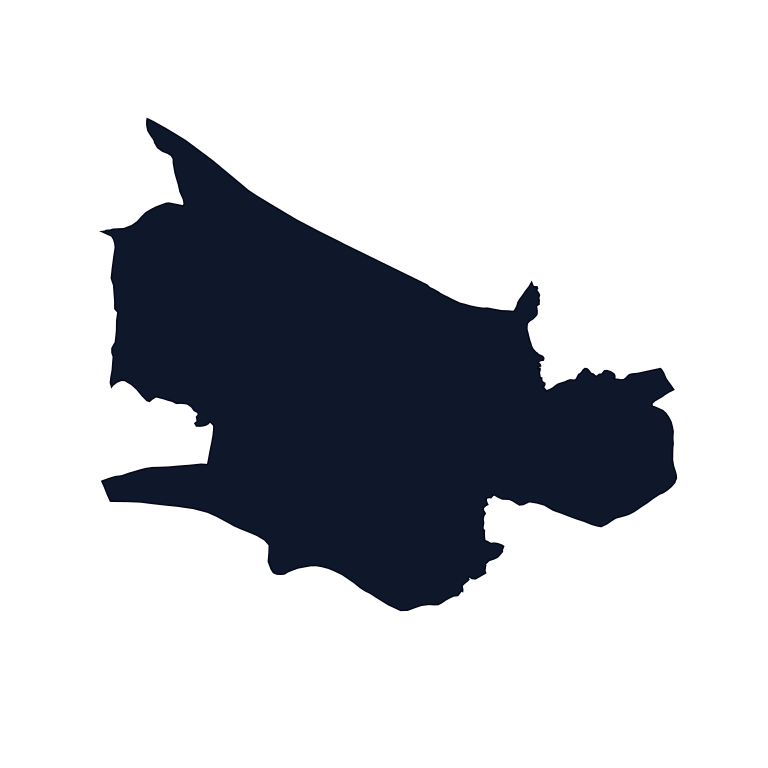 outline of Ponhea Lueu, Kândal, Cambodia, rotated 100°
{"feature_id": "14789045B73499055416904", "entity_name": "Ponhea Lueu", "entity_type": "district", "adm_level": 2, "iso_a3": "KHM", "parent_name": "Cambodia", "parent_adm1": "Kândal", "projection": "robinson", "projection_center": [104.799, 11.777], "detail": "fine", "context": "isolated", "style": "filled", "palette": "ink", "viewbox_px": 768, "rotation_deg": 100, "n_neighbors": 0, "source": "geoboundaries", "source_scale": "gbopen_adm2", "svg_char_len": 5462}
<svg xmlns="http://www.w3.org/2000/svg" viewBox="0 0 768 768"><g transform="rotate(100 384 384)"><path d="M451.3,100.6L449.5,98.9L444.5,93.5L442.5,90.2L439.7,87.2L435.5,83.6L430.6,80.6L428.8,80.4L426.3,79.7L423.8,80.2L421.1,81.3L417.4,83.2L414.3,84.8L411.9,85.6L408.6,86.8L406.5,87.1L402.8,87.7L399.8,88.2L396.3,88.7L393.0,88.8L387.0,90.3L380.6,91.0L375.8,92.8L371.5,94.8L367.0,98.3L364.0,101.3L361.8,104.8L360.6,109.3L359.8,112.5L359.3,115.9L356.8,116.9L353.7,114.6L351.0,111.5L348.1,108.0L345.9,106.0L342.7,102.5L340.9,100.0L339.2,97.7L336.8,100.1L334.6,102.3L332.7,104.4L329.7,107.3L327.6,108.7L324.2,110.9L322.1,112.8L320.8,114.4L329.6,136.0L331.1,141.5L332.4,144.2L334.5,145.7L336.6,147.1L338.2,148.8L338.9,151.7L338.8,153.5L339.0,156.3L338.6,158.7L337.2,157.8L335.6,158.2L334.1,159.4L332.9,162.2L332.5,163.6L332.1,166.9L332.8,169.2L334.3,170.1L336.5,171.1L337.1,173.7L338.1,174.5L339.7,176.1L339.2,177.7L337.9,179.6L337.6,182.1L336.3,183.4L334.5,185.4L333.8,186.8L333.9,188.9L335.6,190.3L337.4,191.0L339.8,192.5L340.7,193.9L342.9,194.6L344.7,195.1L346.6,195.9L347.3,197.7L347.6,201.4L349.1,204.2L350.4,205.8L352.3,209.5L353.7,212.2L355.0,213.8L357.0,215.6L358.8,217.2L360.8,219.8L361.9,221.7L362.7,223.0L359.5,226.4L356.9,225.5L355.4,225.7L354.2,228.6L352.1,229.6L350.7,229.7L350.5,231.4L348.4,232.1L346.3,232.9L344.5,233.0L343.2,232.7L341.5,233.1L342.1,234.9L340.6,235.2L339.0,232.9L337.9,233.5L335.5,236.2L333.5,233.6L332.8,231.2L330.8,231.1L329.3,232.5L328.6,235.1L328.3,236.9L327.0,238.5L326.5,239.9L324.7,242.3L323.3,243.8L321.2,245.3L319.1,246.3L315.9,248.1L305.3,252.8L301.0,253.4L298.8,253.1L296.4,251.4L294.0,248.7L292.5,247.7L290.0,246.0L288.5,245.5L285.5,245.9L282.6,246.8L280.7,247.5L278.4,245.1L277.0,245.5L274.5,245.7L272.8,246.5L270.9,246.5L269.4,246.3L267.5,247.7L265.2,250.1L263.1,249.4L261.7,250.2L262.0,251.7L262.2,253.5L260.9,254.8L258.2,256.3L262.9,257.9L267.9,260.6L273.2,263.0L276.7,264.8L280.2,266.2L284.4,266.6L289.2,268.2L290.2,269.7L290.5,273.9L291.5,280.9L291.5,287.9L291.4,295.5L292.3,299.5L292.5,306.0L292.3,312.5L291.7,317.9L291.3,323.5L289.0,331.9L287.5,336.5L286.6,339.9L285.1,344.6L284.1,346.4L283.6,347.9L282.3,351.5L281.7,353.8L281.2,355.7L279.1,358.8L278.0,362.5L253.1,449.0L252.5,450.5L245.1,475.5L237.5,499.2L233.3,510.3L232.2,513.1L226.4,528.4L220.9,542.5L217.0,551.5L210.1,563.4L193.3,592.9L178.6,622.2L171.0,641.7L165.5,657.4L163.9,663.2L165.5,663.3L170.0,662.6L175.5,660.5L180.3,656.2L182.5,653.9L184.4,652.3L185.8,652.0L190.6,647.9L193.2,642.5L194.3,637.0L195.9,633.1L199.0,630.5L202.9,629.8L212.1,626.5L216.7,624.3L223.3,621.0L230.1,618.2L236.9,613.6L240.9,612.1L243.5,612.4L243.2,627.2L243.8,629.6L245.9,633.3L249.0,638.6L252.6,643.5L256.8,648.3L261.5,651.6L267.1,655.1L272.0,660.0L276.3,667.4L278.6,677.5L280.1,680.4L281.0,684.4L282.1,685.5L282.9,688.3L284.4,682.4L285.6,677.8L288.7,675.2L292.2,673.5L296.1,672.3L305.2,672.1L316.6,671.6L327.2,670.9L333.6,667.4L349.1,663.5L356.7,662.1L359.5,658.5L368.0,658.2L373.0,657.4L377.8,656.6L384.6,656.1L389.8,655.8L392.4,656.9L396.2,658.1L400.5,657.3L404.1,655.3L409.7,654.8L417.3,654.0L424.5,654.0L430.2,653.7L434.2,651.8L432.2,650.8L428.5,647.4L426.0,643.5L425.5,639.9L428.4,632.2L432.3,626.2L437.6,620.0L441.5,614.5L441.8,611.9L439.2,609.8L436.1,606.5L436.4,602.1L436.6,599.2L437.4,593.4L437.7,589.5L439.1,585.2L438.0,580.1L437.7,574.3L439.9,569.5L443.1,566.3L444.4,562.3L446.8,561.4L448.9,562.9L453.3,561.3L455.6,563.4L457.9,561.5L457.4,557.8L456.5,554.8L455.3,552.3L453.6,550.2L451.2,548.9L453.9,545.0L455.1,544.2L458.8,543.7L464.1,543.3L471.5,543.3L478.4,543.5L485.8,543.6L490.1,543.6L494.1,543.7L494.8,550.2L497.9,561.1L500.5,571.3L503.3,581.7L505.2,590.5L506.7,597.9L508.7,603.8L510.3,607.5L516.0,619.1L520.2,626.7L521.9,632.5L524.8,638.2L528.7,645.0L534.0,641.4L541.1,637.0L546.9,633.0L546.1,627.9L544.2,616.5L542.4,603.2L541.9,592.7L541.1,579.9L540.1,566.2L539.6,550.1L540.8,535.5L543.3,525.5L547.7,512.2L549.7,506.6L551.3,499.9L553.2,490.8L555.0,483.0L558.2,474.5L562.5,469.0L570.8,467.8L578.9,467.1L586.0,462.9L589.0,460.1L589.8,456.4L589.2,452.0L588.3,449.0L585.7,446.2L582.7,441.4L580.0,436.6L577.9,431.0L575.6,424.7L574.5,419.0L574.5,413.3L575.1,406.3L576.5,400.3L578.8,392.0L580.9,387.4L584.6,379.2L588.5,372.2L591.0,366.3L592.3,361.6L596.1,352.5L598.4,346.7L600.6,341.2L602.8,332.9L604.1,328.3L602.6,321.4L598.6,314.6L595.4,308.7L593.2,301.5L592.6,296.2L591.8,292.4L589.5,289.4L585.6,285.4L582.8,281.8L580.6,278.6L579.5,274.6L577.1,273.3L574.3,272.1L574.7,270.6L573.0,270.7L569.1,272.2L566.0,269.9L563.3,267.5L561.7,266.5L560.8,267.7L558.9,266.6L560.3,263.6L560.0,260.1L555.8,255.1L552.5,251.1L550.5,252.2L547.4,252.4L545.1,252.4L543.4,252.9L541.6,251.3L539.6,250.1L537.3,245.6L534.8,242.1L531.8,240.2L528.4,238.3L526.6,238.7L523.1,238.0L522.3,239.8L521.5,244.2L521.5,247.3L522.5,251.0L522.0,253.1L521.2,254.5L520.8,257.5L517.6,258.5L512.9,259.5L511.0,259.6L509.2,261.6L505.8,261.8L503.9,261.7L499.7,263.0L496.4,262.9L493.9,261.8L491.3,264.1L489.0,264.8L486.1,262.8L484.7,260.9L482.9,262.2L481.2,263.0L478.8,263.5L477.5,260.9L477.4,258.9L475.1,257.6L473.9,256.1L475.2,253.0L476.7,247.4L475.7,240.7L476.7,236.7L478.0,233.7L479.6,229.6L478.4,225.8L474.6,220.5L474.5,212.6L475.3,204.8L478.9,195.3L480.2,187.0L482.1,177.5L483.3,170.8L484.3,163.4L486.1,154.9L486.7,148.8L486.7,145.4L483.0,140.2L479.4,136.6L475.7,132.5L472.0,124.6L469.6,120.1L465.8,115.2L459.8,109.2L454.8,103.8L451.3,100.6Z" fill="#0f172a" stroke="#020617" stroke-width="1.5"/></g></svg>